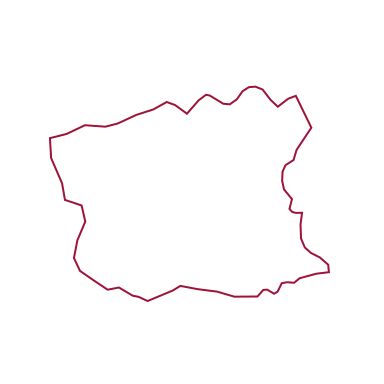 outline of Dilidjan, Tavush, Armenia, rotated 191°
{"feature_id": "60910142B28859062428936", "entity_name": "Dilidjan", "entity_type": "district", "adm_level": 2, "iso_a3": "ARM", "parent_name": "Armenia", "parent_adm1": "Tavush", "projection": "orthographic", "projection_center": [44.852, 40.743], "detail": "fine", "context": "isolated", "style": "outline", "palette": "rose", "viewbox_px": 384, "rotation_deg": 191, "n_neighbors": 0, "source": "geoboundaries", "source_scale": "gbopen_adm2", "svg_char_len": 1094}
<svg xmlns="http://www.w3.org/2000/svg" viewBox="0 0 384 384"><g transform="rotate(191 192 192)"><path d="M87.1,277.9L108.4,306.2L115.4,301.9L124.0,292.1L132.3,297.3L142.3,306.1L149.9,307.5L156.1,305.8L161.6,300.6L165.7,291.5L171.6,285.3L178.1,284.6L193.0,290.1L196.8,290.1L203.0,283.2L211.9,267.9L225.1,274.1L234.0,275.5L245.8,265.6L261.3,257.1L278.1,245.0L289.5,239.6L309.9,237.1L326.1,225.1L341.7,217.8L336.8,198.5L321.2,175.7L315.2,160.0L297.8,157.7L291.1,142.6L295.3,122.7L295.3,104.7L286.9,93.2L271.9,86.6L256.2,80.0L245.5,84.3L230.4,78.9L224.4,78.9L214.8,76.5L211.2,78.9L192.1,91.6L185.5,97.6L168.1,97.7L148.2,99.0L143.0,98.5L138.9,98.1L131.1,97.4L130.6,97.3L107.8,101.9L103.3,109.5L99.6,110.5L92.0,107.8L88.9,110.6L86.5,119.6L81.3,121.6L74.4,122.4L69.9,127.9L54.4,135.5L42.3,139.4L43.9,144.8L44.4,146.6L49.6,149.6L54.1,152.2L56.4,152.8L63.7,154.9L70.7,159.1L76.1,167.2L79.3,180.9L80.0,192.6L86.2,191.3L90.0,191.6L93.1,194.0L92.5,204.1L102.1,212.0L105.6,220.0L107.0,229.3L105.3,236.2L98.4,242.8L97.4,253.2L93.6,262.4L87.1,277.9Z" fill="none" stroke="#9f1239" stroke-width="2"/></g></svg>